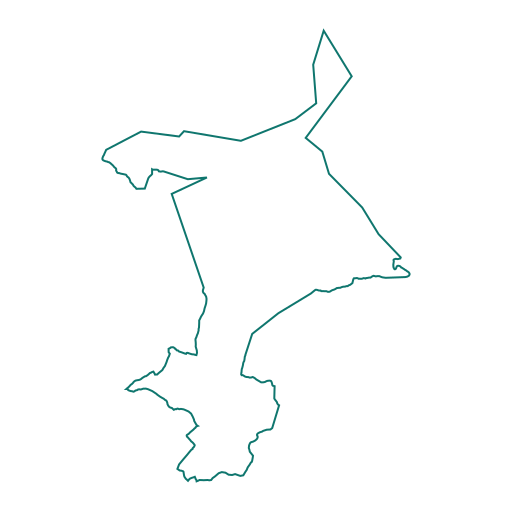 Santa María Alotepec, Oaxaca, Mexico
{"feature_id": "50627088B19376593923850", "entity_name": "Santa María Alotepec", "entity_type": "district", "adm_level": 2, "iso_a3": "MEX", "parent_name": "Mexico", "parent_adm1": "Oaxaca", "projection": "orthographic", "projection_center": [-95.857, 17.081], "detail": "fine", "context": "isolated", "style": "outline", "palette": "teal", "viewbox_px": 512, "rotation_deg": 0, "n_neighbors": 0, "source": "geoboundaries", "source_scale": "gbopen_adm2", "svg_char_len": 6124}
<svg xmlns="http://www.w3.org/2000/svg" viewBox="0 0 512 512"><path d="M179.1,464.4L177.4,468.9L179.7,470.5L181.4,470.7L183.1,471.3L183.5,471.8L183.6,472.6L183.8,473.9L184.1,475.6L184.4,476.7L185.1,477.7L185.8,478.8L186.5,479.3L188.0,480.8L188.4,480.3L189.2,479.3L190.0,478.6L191.9,477.8L193.3,477.4L194.8,476.8L195.3,478.0L195.7,479.1L196.3,479.8L196.6,481.3L198.4,480.6L199.5,480.0L203.8,480.2L207.5,480.0L209.4,480.3L211.2,480.0L212.6,478.1L215.0,476.4L218.7,473.2L221.8,472.1L225.5,472.7L228.6,474.7L232.1,475.0L235.1,474.1L240.3,475.9L243.3,475.3L245.4,471.8L246.7,469.9L247.7,467.4L249.7,464.6L250.9,462.5L251.7,462.0L252.1,461.0L252.7,457.8L253.0,455.7L249.8,451.7L249.4,449.7L248.8,448.0L249.1,445.4L249.7,443.9L250.0,443.3L250.4,442.7L250.9,442.3L251.7,442.0L252.9,441.7L254.9,440.7L255.8,440.0L256.8,439.1L257.4,438.1L257.7,437.1L257.6,436.2L257.2,435.8L257.0,435.0L257.1,434.4L257.3,434.0L258.0,433.3L259.8,432.3L262.1,431.6L263.1,430.9L264.0,430.6L266.8,429.7L270.4,429.5L272.2,428.1L279.1,405.3L278.2,404.7L277.6,404.0L277.2,403.3L277.0,402.3L276.2,401.2L275.7,400.5L274.8,399.4L274.3,398.4L274.6,386.2L272.8,385.7L272.3,385.0L272.1,383.8L271.7,382.3L271.1,381.1L270.1,380.7L268.8,380.7L267.2,380.9L266.0,381.4L264.9,382.0L263.3,382.3L261.1,382.3L258.6,380.8L257.7,380.3L256.2,379.4L254.6,378.0L252.7,377.0L251.2,377.5L249.7,377.6L248.3,377.1L246.5,377.0L245.1,376.6L243.9,375.8L242.7,375.1L241.7,375.2L241.2,374.5L241.3,372.9L241.5,372.3L241.6,370.6L241.8,369.0L242.2,368.0L242.6,366.5L243.0,364.8L243.2,363.2L243.6,362.0L244.2,361.0L244.5,359.4L244.8,356.7L245.4,355.3L245.4,354.8L252.2,333.9L278.4,313.2L310.9,293.5L314.3,290.7L315.5,289.8L316.7,289.8L318.9,290.5L320.6,290.5L321.2,291.1L322.8,291.1L324.5,291.2L326.4,291.2L327.8,291.8L329.0,291.8L329.9,291.6L331.0,290.9L332.2,290.2L334.1,289.6L335.4,289.0L336.7,288.1L339.0,287.8L340.2,287.8L341.5,287.2L342.4,286.9L343.3,286.7L345.1,286.6L346.5,286.1L347.7,286.1L348.8,285.3L350.2,284.8L352.4,283.1L353.3,279.3L353.9,278.3L355.9,278.2L356.9,278.0L357.8,278.3L358.8,278.8L359.4,278.7L361.2,278.8L362.0,278.7L363.8,278.1L365.6,278.5L366.0,278.1L367.7,277.9L369.0,277.6L370.5,277.6L372.5,276.2L373.7,275.8L375.8,276.4L377.5,276.1L379.2,276.1L380.4,276.6L381.6,277.1L382.8,277.4L385.7,277.8L404.7,277.1L405.8,277.0L406.5,276.8L407.4,276.6L408.4,276.0L409.1,275.5L409.4,274.8L409.6,274.2L409.5,273.5L409.0,272.7L408.7,272.3L407.8,271.6L407.2,271.3L406.2,270.5L405.5,270.0L404.9,269.8L404.2,269.2L403.2,268.6L402.2,267.9L401.2,267.5L400.7,266.8L400.1,266.3L399.5,266.0L398.6,265.8L397.8,265.8L397.1,266.1L396.7,266.6L396.1,268.2L395.7,268.9L394.9,269.3L394.3,269.0L394.1,268.4L393.6,267.7L393.4,266.6L393.3,264.7L393.8,261.4L393.5,260.0L394.1,259.3L395.8,258.8L397.4,259.1L398.4,259.0L399.4,258.7L400.3,258.5L400.7,257.4L378.6,234.2L362.2,207.5L329.0,173.8L322.3,151.6L305.7,137.9L351.7,76.3L323.7,30.7L313.2,64.7L316.2,103.3L295.3,119.1L240.9,140.8L184.0,131.2L179.1,136.5L141.1,131.6L106.2,149.8L104.9,152.7L104.4,153.7L104.0,154.9L103.1,156.3L102.4,158.3L102.5,159.5L103.1,160.2L104.5,160.9L106.1,161.4L107.2,161.6L108.2,162.1L109.2,162.3L110.6,163.3L111.4,164.1L111.8,164.4L113.1,165.6L114.0,166.8L114.7,167.5L115.3,167.9L115.9,168.5L116.2,169.1L116.1,170.5L116.5,171.3L116.9,171.9L117.1,172.5L118.2,173.1L118.9,173.0L120.6,173.6L123.2,174.1L125.9,174.7L126.5,175.3L127.0,176.3L127.7,177.0L128.3,177.3L128.9,178.0L129.5,179.0L129.9,180.1L130.2,181.1L130.6,182.4L131.4,183.0L132.3,184.0L132.9,184.5L133.4,185.6L134.1,186.4L135.5,187.5L136.4,188.8L144.8,188.6L148.3,178.3L149.0,177.2L150.0,176.1L151.1,175.2L152.1,174.0L152.1,172.6L152.1,169.3L152.8,169.7L156.8,169.7L157.8,169.9L158.5,170.5L158.8,171.3L160.4,171.6L161.6,171.5L162.3,171.3L163.6,171.4L187.8,179.2L206.9,177.5L171.7,193.9L203.7,287.6L202.9,290.2L202.9,291.8L203.7,293.2L204.6,293.8L205.3,295.2L206.1,296.5L206.5,298.5L206.5,299.9L206.3,301.8L206.1,303.5L205.5,305.6L204.6,308.3L204.0,311.1L203.5,312.4L203.0,313.6L201.6,315.7L200.8,317.1L200.2,318.5L199.2,320.4L199.2,322.7L199.0,327.5L198.6,328.9L198.6,330.5L198.2,331.9L197.9,333.2L197.0,335.2L196.4,337.1L195.5,339.0L195.5,340.3L195.7,342.2L195.8,344.5L195.7,346.7L196.8,350.4L197.0,352.8L196.4,355.1L195.3,354.9L193.8,354.4L192.0,354.3L191.0,354.0L189.1,353.4L188.2,353.0L187.2,352.8L186.6,353.0L186.2,353.8L185.3,353.7L183.9,353.2L181.8,352.4L179.0,351.5L178.0,350.5L176.7,350.3L175.9,349.2L175.3,349.0L174.9,348.3L173.7,347.5L173.0,347.2L171.8,347.3L170.8,347.4L170.2,348.0L168.6,348.8L168.6,351.1L168.7,352.3L169.8,353.7L168.9,356.4L168.2,357.5L167.2,360.0L166.5,362.2L164.9,366.1L163.6,367.8L162.3,370.1L160.7,371.4L158.5,373.2L157.2,374.5L155.0,374.6L154.7,373.8L153.4,371.6L152.5,371.9L151.9,372.1L150.9,372.7L149.8,373.1L148.8,374.1L147.5,375.2L146.0,376.2L145.0,376.3L142.4,377.9L141.1,379.0L140.3,379.5L138.8,380.0L137.3,380.2L135.5,380.6L134.4,381.3L133.6,382.0L133.0,382.9L131.9,384.0L130.7,384.8L129.4,386.3L128.3,387.4L127.5,388.0L126.4,389.0L127.6,389.0L127.6,389.4L128.4,390.2L129.3,390.6L130.8,391.1L131.9,391.2L133.5,391.7L134.3,391.4L135.5,390.5L137.2,390.1L138.0,389.5L139.3,389.3L140.8,389.5L143.2,388.7L144.5,388.7L145.8,388.6L148.0,389.2L152.3,391.1L155.9,393.5L156.6,394.0L157.4,394.8L158.3,395.4L159.8,396.5L162.5,398.1L163.7,398.7L165.0,399.9L166.2,400.5L166.8,401.4L167.3,402.8L167.5,404.2L168.2,405.6L169.2,406.9L170.2,407.5L171.9,408.0L173.8,409.8L174.5,409.5L175.1,409.1L176.3,409.2L177.3,408.6L178.3,408.8L179.2,409.2L180.9,408.9L183.4,409.3L184.3,409.6L188.6,411.5L190.0,412.7L191.1,413.6L192.2,415.7L192.6,416.4L194.0,419.6L194.2,420.9L194.8,422.0L195.3,422.9L196.6,425.1L197.8,425.9L197.2,426.1L196.8,426.2L196.3,426.6L195.6,427.3L195.4,427.8L194.4,428.5L193.9,429.1L193.4,429.6L191.0,431.6L190.5,432.0L189.8,432.6L189.2,433.4L188.3,434.1L187.3,434.7L187.0,434.9L186.7,435.3L186.7,435.8L186.9,436.4L187.1,436.8L187.8,437.3L188.5,438.2L189.7,439.5L190.4,440.3L191.2,441.4L192.3,442.2L193.1,443.0L194.4,444.6L194.7,445.2L194.6,445.6L194.1,446.6L193.8,447.1L192.9,447.9L192.6,448.4L192.5,449.1L191.4,449.7L189.6,451.8L187.0,455.0L183.4,459.2L179.1,464.4Z" fill="none" stroke="#0f766e" stroke-width="2"/></svg>